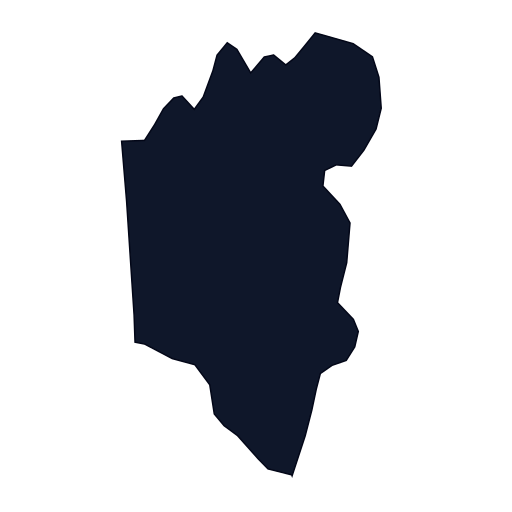 the district of Vara, Västra Götaland, Sweden, rotated 88°
{"feature_id": "70781695B49993264725167", "entity_name": "Vara", "entity_type": "district", "adm_level": 2, "iso_a3": "SWE", "parent_name": "Sweden", "parent_adm1": "Västra Götaland", "projection": "robinson", "projection_center": [13.084, 58.267], "detail": "fine", "context": "isolated", "style": "filled", "palette": "ink", "viewbox_px": 512, "rotation_deg": 88, "n_neighbors": 0, "source": "geoboundaries", "source_scale": "gbopen_adm2", "svg_char_len": 871}
<svg xmlns="http://www.w3.org/2000/svg" viewBox="0 0 512 512"><g transform="rotate(88 256 256)"><path d="M476.9,227.6L437.4,213.1L412.0,205.6L391.1,200.4L375.7,195.8L367.9,183.8L363.5,169.5L350.3,160.5L335.0,156.4L322.7,160.9L305.5,176.2L290.0,172.6L265.9,165.6L226.3,160.9L207.3,170.3L188.4,186.7L172.9,184.4L167.7,172.6L169.5,157.4L154.0,144.5L133.3,131.6L112.7,125.7L81.7,126.9L75.2,128.7L61.0,132.7L47.2,151.5L35.1,189.1L47.2,199.6L59.2,210.2L66.1,219.6L55.7,231.4L56.3,234.3L57.4,240.8L72.9,254.9L48.8,267.9L41.9,277.3L53.9,287.9L69.4,292.6L95.3,303.2L107.3,312.6L93.5,324.4L95.2,332.7L105.6,343.3L121.1,352.7L136.6,363.4L136.6,386.3L196.9,383.4L310.8,379.9L337.9,379.9L340.1,370.4L355.6,343.3L362.5,320.9L383.1,306.7L412.4,303.2L424.5,293.8L434.8,280.8L458.9,260.8L469.2,251.4L476.0,227.9L476.9,227.6Z" fill="#0f172a" stroke="#020617" stroke-width="1.5"/></g></svg>